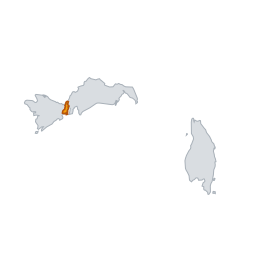 Lawas, Sarawak, Malaysia shown in context, rotated 202°
{"feature_id": "92858781B12558233193799", "entity_name": "Lawas", "entity_type": "district", "adm_level": 2, "iso_a3": "MYS", "parent_name": "Malaysia", "parent_adm1": "Sarawak", "projection": "robinson", "projection_center": [115.436, 4.467], "detail": "fine", "context": "in_parent", "style": "filled", "palette": "amber", "viewbox_px": 256, "rotation_deg": 202, "n_neighbors": 0, "source": "geoboundaries", "source_scale": "gbopen_adm2", "svg_char_len": 5603}
<svg xmlns="http://www.w3.org/2000/svg" viewBox="0 0 256 256"><g transform="rotate(202 128 128)"><path d="M215.4,127.2L214.1,126.9L212.2,125.7L210.3,125.2L204.8,125.2L204.0,124.8L202.9,125.5L201.0,124.9L199.9,125.0L198.7,125.8L196.9,125.1L196.1,126.2L195.0,126.9L193.8,130.1L193.5,133.8L193.8,136.1L193.2,137.3L193.0,139.9L192.6,141.1L191.0,141.6L190.3,141.2L188.9,142.8L188.6,143.4L188.5,146.0L189.6,146.8L189.6,147.3L187.3,149.4L185.4,150.7L185.1,151.7L185.8,154.0L185.5,155.0L184.5,155.5L183.7,158.4L182.8,160.2L182.4,160.4L181.1,159.8L175.8,160.6L174.3,162.1L172.8,163.0L171.6,162.2L171.1,162.2L166.2,160.6L166.0,159.2L165.5,159.0L160.5,159.1L157.3,160.6L156.2,164.2L154.5,164.5L153.3,165.8L151.1,165.6L149.8,166.0L147.6,165.4L145.6,165.3L139.2,167.6L137.2,166.0L130.9,159.5L130.1,158.4L129.9,156.4L129.2,156.1L128.9,155.6L128.8,155.0L129.8,153.4L130.8,155.5L132.3,156.6L135.0,157.4L137.5,157.1L141.1,159.2L142.2,159.6L143.4,159.4L145.6,161.0L147.0,161.1L145.2,160.0L144.9,159.1L145.1,158.2L146.2,156.9L146.4,154.9L147.3,152.9L147.5,152.0L146.8,151.3L146.7,150.1L147.2,148.4L148.4,149.3L149.4,149.1L149.4,146.0L150.1,144.6L151.3,143.7L163.3,140.6L165.3,139.9L166.6,139.0L170.9,132.5L176.1,126.3L176.8,124.2L176.7,122.6L177.0,122.3L177.6,122.1L178.7,122.9L179.3,123.5L180.4,126.1L181.4,126.2L183.1,128.7L183.5,129.0L183.9,128.8L185.3,127.2L185.6,126.1L185.3,125.9L186.0,124.5L185.4,123.6L184.9,120.5L188.0,118.3L188.0,120.9L188.8,124.5L190.3,125.1L191.1,124.8L190.7,123.7L190.5,121.6L190.1,120.1L189.2,118.3L191.7,117.9L193.6,116.0L193.9,114.7L192.7,114.0L192.2,113.1L192.2,112.1L194.2,109.7L194.4,110.4L195.6,110.6L196.3,110.6L197.1,109.6L197.6,108.2L199.1,106.3L199.9,103.3L203.8,98.5L206.8,92.8L207.4,93.3L207.6,94.8L206.9,97.5L208.3,96.8L210.6,93.1L211.9,93.7L211.8,94.7L212.4,96.6L216.1,99.1L216.7,101.6L215.8,102.5L216.1,104.9L215.8,105.6L214.6,106.3L218.0,105.6L220.0,104.2L221.2,106.6L219.3,107.5L219.7,108.5L221.5,107.9L222.6,107.1L223.8,107.3L225.5,108.2L226.0,108.7L226.4,109.9L227.6,110.3L230.3,111.9L232.7,111.8L233.5,112.6L233.4,114.7L232.2,115.9L227.2,117.5L225.9,117.5L224.1,116.9L222.8,117.2L222.0,119.2L223.5,121.1L226.0,123.2L226.4,123.7L225.9,124.7L220.1,126.2L218.9,126.1L216.7,125.1L215.4,127.2ZM27.6,99.5L28.2,96.7L29.2,96.6L30.0,98.2L33.1,99.4L34.0,99.0L34.4,99.3L34.9,99.7L35.7,101.9L37.6,101.9L37.8,105.4L36.9,106.8L36.8,107.7L38.2,109.3L39.1,108.9L39.8,107.5L43.0,106.0L44.3,107.6L45.5,107.6L46.4,107.0L47.1,105.1L48.4,103.7L48.9,101.9L50.8,102.4L51.5,102.8L53.5,106.6L56.3,109.2L58.3,110.7L59.6,112.1L62.9,118.9L63.3,121.1L63.5,124.5L63.0,129.6L62.3,132.1L62.4,133.3L63.3,135.2L63.0,136.9L63.1,142.3L64.2,144.3L67.1,146.6L71.5,157.1L72.2,160.1L71.8,161.2L71.0,161.5L70.4,160.9L69.9,159.5L68.9,158.3L69.0,160.4L67.1,160.1L65.8,160.4L64.3,161.9L63.5,161.9L62.2,159.3L57.2,156.3L55.4,155.5L53.5,153.2L49.2,150.7L46.4,148.2L45.2,146.7L42.4,145.4L41.2,143.8L40.0,142.9L40.7,141.4L40.1,138.4L38.1,135.7L37.1,133.9L35.3,132.0L33.8,129.7L34.7,129.0L33.3,126.5L32.8,124.7L32.8,121.3L31.3,116.6L30.0,109.9L30.3,107.6L30.0,105.1L27.6,99.5ZM210.7,90.6L210.1,91.3L209.9,89.5L210.8,88.6L212.0,88.4L212.1,90.0L211.8,90.4L210.7,90.6ZM24.7,99.2L25.4,100.5L24.9,101.3L24.4,101.1L23.5,101.7L22.6,100.4L22.5,99.8L23.6,99.9L24.7,99.2ZM148.8,148.6L148.4,148.8L147.9,148.4L147.8,144.7L148.2,144.3L148.7,145.1L148.8,148.6ZM29.9,112.1L29.0,113.8L28.3,113.6L28.4,111.6L28.9,111.4L29.9,112.1ZM218.7,127.0L217.2,127.3L216.2,127.2L216.3,126.2L216.8,126.1L218.7,127.0ZM71.5,144.8L70.7,144.8L70.6,144.4L71.2,143.1L71.5,144.8ZM40.3,141.7L39.7,141.9L39.8,141.1L40.2,140.7L40.3,141.7Z" fill="#d9dde1" stroke="#a8b0b8" stroke-width="1"/><path d="M193.8,130.1L194.0,130.0L194.3,130.0L194.4,129.9L194.5,129.8L194.6,129.7L194.8,129.2L194.9,128.8L195.0,128.8L195.0,128.5L195.0,128.4L195.1,128.1L195.1,127.8L194.9,127.7L194.7,127.5L194.7,127.4L194.7,127.2L194.6,126.9L194.6,126.7L194.7,126.3L194.7,126.1L194.8,126.0L194.9,125.8L195.0,125.6L194.9,125.3L194.9,125.1L194.7,125.0L194.4,124.9L194.2,124.8L194.1,124.7L194.1,124.4L194.2,124.2L194.2,123.9L194.0,123.6L193.9,123.4L193.9,123.2L194.0,123.1L194.1,122.9L193.9,122.6L193.9,122.4L193.9,122.2L193.7,122.0L193.7,121.8L193.7,121.6L193.9,121.4L194.0,121.3L194.1,121.1L194.3,120.8L194.4,120.6L194.5,120.3L194.6,120.1L194.6,119.9L194.8,119.7L194.8,119.3L194.8,119.1L194.8,118.9L194.7,118.4L194.6,118.1L194.6,117.9L194.5,117.5L194.5,117.4L194.5,117.2L194.3,117.1L194.1,117.1L193.6,117.2L193.4,117.3L193.1,117.5L192.7,117.3L192.3,117.4L192.3,117.5L192.2,117.5L191.9,117.7L191.9,117.8L192.0,118.0L191.9,118.1L191.6,118.3L191.4,118.3L191.1,118.2L190.9,118.0L190.7,118.0L190.4,117.8L190.3,117.7L190.3,117.3L189.9,117.4L189.8,117.5L189.9,117.8L189.7,117.9L189.3,118.1L189.2,118.2L189.2,118.3L189.3,118.4L189.4,118.5L189.5,118.7L189.7,118.8L189.7,119.0L189.8,119.1L190.2,119.5L190.3,119.5L190.2,119.6L190.2,119.9L190.1,120.0L190.3,120.1L190.3,120.3L190.5,120.4L190.5,120.5L190.4,120.6L190.3,120.8L190.6,120.9L190.6,121.0L190.4,121.3L190.5,121.4L190.6,121.5L190.8,121.6L190.8,121.8L190.8,122.0L190.8,122.3L190.7,122.4L190.6,122.5L190.6,122.8L190.6,123.0L190.7,123.3L190.6,123.5L190.6,123.8L190.7,124.1L190.8,124.2L190.9,124.4L191.1,124.5L191.3,124.7L191.3,124.8L191.4,125.0L191.5,125.1L191.5,125.3L191.4,125.5L191.1,125.6L190.9,125.8L190.8,126.0L191.0,126.3L191.3,126.6L191.6,126.8L191.8,126.8L192.0,126.8L192.4,126.9L192.6,127.1L192.7,127.4L192.8,127.6L193.0,127.8L193.1,128.1L192.9,128.3L192.9,128.7L192.9,128.8L193.0,129.0L193.1,129.4L193.1,129.5L193.1,129.9L193.1,130.0L193.3,130.0L193.5,130.0L193.8,130.1Z" fill="#f59e0b" stroke="#b45309" stroke-width="1.5"/></g></svg>